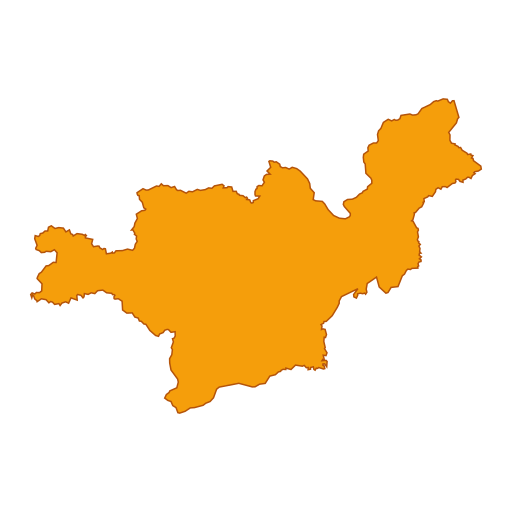 Guiratinga, Mato Grosso, Brazil (Mercator projection)
{"feature_id": "56859067B65545118773628", "entity_name": "Guiratinga", "entity_type": "district", "adm_level": 2, "iso_a3": "BRA", "parent_name": "Brazil", "parent_adm1": "Mato Grosso", "projection": "mercator", "projection_center": [-53.603, -16.377], "detail": "fine", "context": "isolated", "style": "filled", "palette": "amber", "viewbox_px": 512, "rotation_deg": 0, "n_neighbors": 0, "source": "geoboundaries", "source_scale": "gbopen_adm2", "svg_char_len": 6046}
<svg xmlns="http://www.w3.org/2000/svg" viewBox="0 0 512 512"><path d="M323.6,360.5L324.2,359.4L323.2,355.2L326.0,355.6L327.0,352.8L324.5,348.6L325.2,347.5L323.8,341.5L324.2,337.2L325.5,337.5L326.5,334.6L325.1,329.4L323.0,328.9L321.5,329.5L322.0,326.0L321.0,324.6L323.6,323.2L324.0,321.5L326.2,321.4L332.2,315.7L337.3,307.3L339.2,303.3L339.2,300.9L341.5,296.6L357.9,288.7L353.6,294.5L353.9,296.9L356.4,298.1L357.7,295.3L357.6,293.8L360.3,293.2L362.7,293.7L364.7,293.1L365.6,294.2L366.9,292.2L366.2,289.2L367.2,283.5L376.5,277.1L379.2,287.0L385.9,293.2L388.0,292.5L391.1,287.4L398.0,286.6L402.3,275.8L404.5,274.1L406.4,270.4L407.9,269.1L410.5,269.5L411.8,268.4L417.9,268.1L417.7,266.5L418.7,265.9L418.0,263.7L419.0,262.0L421.0,261.5L421.1,260.0L419.4,258.8L421.4,256.9L419.1,255.1L419.5,253.2L420.9,253.1L419.6,251.5L420.0,248.5L418.9,246.0L420.3,244.4L418.6,242.9L418.9,241.7L417.7,240.8L417.4,239.4L418.4,236.9L417.5,231.9L418.4,230.1L418.0,228.4L416.6,227.8L413.1,221.3L411.7,220.8L412.9,219.7L414.3,214.6L414.2,212.7L415.4,212.6L419.2,208.1L421.7,206.8L423.5,203.3L423.1,202.3L424.3,201.8L423.9,198.6L427.7,196.9L428.7,195.6L432.3,196.4L435.5,191.7L435.8,189.4L438.1,187.7L440.9,189.2L442.3,186.7L445.4,186.6L447.1,187.5L452.3,183.5L455.0,183.0L455.9,181.7L455.5,179.9L456.1,179.1L458.5,179.4L460.0,181.4L463.0,182.3L462.9,180.1L465.7,179.0L467.5,177.3L468.8,177.2L471.0,178.5L472.4,175.5L475.1,173.7L473.8,172.7L474.8,171.7L478.4,171.0L481.3,169.1L480.8,166.1L473.5,160.7L473.0,158.5L471.5,158.0L472.9,155.6L471.1,155.2L470.8,154.0L467.6,154.5L467.0,153.2L462.1,150.2L460.6,147.5L458.9,147.7L458.0,146.4L454.9,144.9L455.1,143.9L451.5,143.2L449.9,140.3L450.0,134.9L448.7,132.4L456.4,122.9L457.6,118.8L458.9,117.4L454.0,100.7L452.4,100.8L450.4,103.2L448.4,101.7L447.3,99.3L443.1,98.9L437.8,101.1L436.3,100.7L433.7,101.6L430.2,104.6L421.9,108.5L418.0,113.9L416.0,114.8L412.6,115.1L409.9,114.0L401.0,115.4L399.9,118.7L397.7,120.1L395.7,120.3L394.3,119.5L391.7,120.9L388.2,119.3L383.4,122.4L380.9,128.4L378.6,130.8L377.5,134.5L378.3,140.6L376.6,143.0L373.4,143.0L369.1,145.2L367.9,147.7L368.2,151.0L363.7,154.2L363.3,157.4L363.8,162.0L365.2,164.0L365.9,173.3L370.9,178.2L371.8,180.3L371.8,183.3L367.6,186.7L367.3,189.1L363.1,191.3L362.3,192.8L359.5,194.1L356.4,197.3L352.3,199.2L347.5,199.5L343.9,201.7L343.3,204.4L344.3,206.5L350.3,213.4L350.3,215.4L349.4,216.8L345.4,218.8L339.4,218.2L333.6,215.5L328.1,209.6L324.7,203.9L322.3,201.4L315.5,200.8L313.2,199.6L314.2,192.7L310.3,188.3L309.7,183.5L307.5,178.9L300.2,171.1L296.7,168.6L292.2,167.3L289.2,169.1L285.6,167.5L282.5,167.8L280.3,166.6L279.7,164.2L276.3,161.8L274.2,162.2L272.8,161.1L269.8,160.8L268.9,161.4L270.7,167.3L267.0,171.0L270.2,174.2L266.5,174.4L264.3,176.0L263.0,179.9L264.4,182.2L262.0,185.8L258.9,185.5L257.1,186.6L257.0,188.6L256.0,189.1L255.0,191.6L255.0,194.5L255.5,196.0L259.8,196.1L258.1,198.7L253.3,200.7L253.3,202.5L251.8,203.1L250.8,202.6L249.7,199.9L246.7,199.5L247.5,198.3L246.6,197.1L245.3,197.6L243.0,195.7L239.5,195.3L238.9,194.2L237.3,193.8L236.2,191.3L233.0,191.4L231.7,187.0L228.1,186.6L227.0,187.7L223.2,187.9L224.0,185.8L222.1,184.3L214.4,185.9L211.9,188.3L208.6,187.9L205.3,189.6L200.4,190.4L197.3,189.4L192.5,191.8L188.9,191.3L186.2,193.2L180.5,190.3L177.8,190.5L176.5,189.7L174.6,186.5L171.1,187.6L167.9,185.6L163.4,185.7L161.3,183.8L159.1,186.4L156.5,186.0L148.3,190.0L146.1,190.1L143.0,188.7L137.0,192.7L137.2,194.0L137.9,195.4L139.2,195.7L139.5,199.3L142.3,202.3L143.8,207.8L145.8,209.1L144.9,210.3L141.6,210.8L136.3,214.2L137.4,218.5L134.9,223.1L134.2,226.6L131.5,230.0L132.9,229.9L134.8,233.2L134.4,234.3L136.6,236.0L136.2,238.9L137.2,241.4L135.3,244.3L134.5,248.2L132.6,250.3L127.5,249.1L122.5,250.6L116.0,250.8L114.4,252.9L112.4,253.1L112.3,252.1L110.6,253.2L106.4,253.8L105.4,248.8L104.0,248.5L102.6,249.5L99.7,247.7L99.1,246.2L97.8,246.0L93.5,246.7L91.6,243.8L92.7,239.4L85.4,237.9L85.4,236.6L86.4,235.6L85.3,234.5L84.4,235.4L82.3,234.3L77.0,233.6L73.2,236.0L72.6,234.5L70.8,233.8L69.4,229.9L65.9,231.9L63.4,228.1L58.7,227.6L55.0,228.5L51.3,225.8L48.5,227.2L47.7,231.0L45.0,231.0L42.7,233.1L40.3,233.6L39.7,235.5L38.3,236.5L35.2,235.6L34.7,238.7L37.1,245.3L35.7,248.3L36.1,249.5L39.4,250.7L41.3,252.6L44.6,252.3L46.1,251.3L50.8,251.7L54.4,249.7L57.1,252.8L56.1,262.5L53.3,262.3L48.7,265.6L46.1,265.9L41.4,272.2L39.2,273.6L37.4,277.3L37.1,278.6L42.0,283.8L41.7,290.9L39.5,292.6L36.4,292.5L34.8,294.0L32.1,292.9L30.7,294.5L31.8,297.8L32.6,295.0L33.6,295.8L34.8,299.0L36.8,300.6L37.1,301.7L41.4,298.8L46.1,299.7L48.9,302.8L50.7,301.5L52.6,302.2L54.6,304.4L58.9,303.6L60.1,305.5L61.9,303.1L65.6,301.8L68.6,303.2L71.0,297.9L77.2,300.1L76.8,295.5L77.6,294.5L80.9,295.3L83.0,297.9L84.0,296.8L84.4,293.6L88.1,294.4L91.2,292.8L94.8,293.6L97.6,290.7L102.8,290.1L106.6,292.8L111.8,293.3L112.5,294.6L114.1,294.6L114.9,295.3L114.0,296.8L114.1,298.6L115.0,299.1L118.3,298.7L122.1,301.2L122.6,310.0L126.8,313.1L132.2,312.9L134.9,317.1L138.1,318.0L139.4,321.0L141.3,321.3L143.9,324.0L145.9,324.3L149.8,330.4L155.6,335.5L158.5,336.3L159.6,334.0L163.1,332.6L164.8,330.2L167.2,329.4L168.5,329.6L171.0,332.3L175.1,331.7L175.2,336.2L173.9,338.3L172.5,338.7L173.4,341.9L171.3,347.7L172.4,349.6L171.8,354.7L169.6,358.7L169.7,363.0L171.0,370.0L177.6,379.0L178.3,382.1L176.8,387.8L169.8,390.9L169.1,392.5L166.4,394.5L164.7,398.1L167.8,400.4L171.0,401.5L172.8,405.6L176.0,407.6L177.9,412.7L179.7,413.1L185.1,411.3L190.3,407.9L194.5,407.6L203.1,405.3L205.8,403.2L210.1,401.5L213.5,397.8L216.6,389.2L219.2,387.1L238.8,383.3L252.2,386.9L255.1,386.8L259.5,384.2L265.2,383.4L269.8,376.1L275.4,374.7L278.4,371.9L280.6,371.4L281.0,370.4L283.1,369.3L285.8,369.5L285.9,368.1L291.0,369.5L295.5,365.1L302.4,366.2L304.2,365.4L306.3,367.7L308.2,367.5L308.1,369.7L310.5,369.2L310.5,367.5L313.3,366.8L313.9,369.4L315.1,370.2L316.3,368.2L317.6,368.4L318.7,367.5L323.5,369.0L324.8,368.6L324.1,365.9L322.8,365.1L323.0,363.9L324.7,363.9L326.7,366.7L327.1,361.5L326.1,360.4L323.6,360.5ZM323.6,360.5L322.0,360.7L322.7,359.5L323.6,360.5Z" fill="#f59e0b" stroke="#b45309" stroke-width="1.5"/></svg>